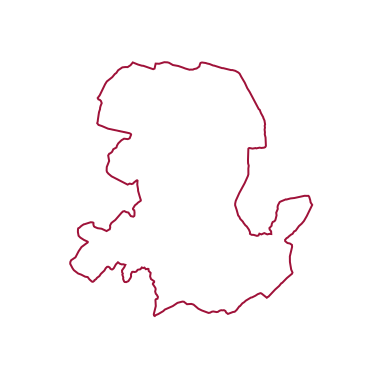 Jutiapa, Jutiapa, Guatemala (Albers equal-area conic projection), rotated 25°
{"feature_id": "79465075B37757283668569", "entity_name": "Jutiapa", "entity_type": "district", "adm_level": 2, "iso_a3": "GTM", "parent_name": "Guatemala", "parent_adm1": "Jutiapa", "projection": "albers", "projection_center": [-89.932, 14.311], "detail": "fine", "context": "isolated", "style": "outline", "palette": "rose", "viewbox_px": 384, "rotation_deg": 25, "n_neighbors": 0, "source": "geoboundaries", "source_scale": "gbopen_adm2", "svg_char_len": 4894}
<svg xmlns="http://www.w3.org/2000/svg" viewBox="0 0 384 384"><g transform="rotate(25 192 192)"><path d="M306.4,152.9L303.9,151.3L302.5,149.3L300.2,146.8L299.2,146.3L295.6,147.9L287.3,154.2L284.0,156.2L280.8,158.9L280.2,159.0L276.6,162.9L275.7,164.1L275.5,167.8L275.9,169.5L276.9,171.1L277.1,175.2L278.5,177.4L279.4,182.1L279.1,183.6L277.8,185.1L277.8,187.2L278.4,189.0L277.4,192.0L278.3,193.2L280.3,194.2L281.6,196.6L279.9,197.2L278.1,198.6L274.9,198.7L272.8,201.1L270.7,201.3L270.6,203.3L269.4,204.3L266.0,204.8L264.1,205.6L262.2,205.4L261.5,203.9L259.4,202.0L256.2,200.1L254.4,199.6L251.4,198.0L250.7,197.4L247.1,196.0L245.1,194.3L243.8,193.8L240.0,189.3L236.7,185.8L236.0,184.2L235.4,181.5L235.3,172.8L236.0,161.7L235.9,153.9L235.6,152.1L233.1,146.8L232.3,144.2L230.7,142.3L229.3,139.5L224.8,129.0L224.9,128.4L225.6,127.8L228.5,127.1L231.1,125.3L231.8,125.3L234.6,123.2L236.2,122.8L238.5,121.4L239.4,120.4L239.5,119.0L235.6,111.5L233.6,109.0L232.9,107.1L231.4,104.7L230.9,102.8L229.9,101.3L229.7,99.9L227.5,96.6L225.3,94.7L225.0,94.2L221.2,91.4L218.6,88.9L217.5,88.7L201.9,76.9L198.3,74.6L193.6,70.6L188.3,67.0L185.1,64.6L183.4,64.1L181.8,64.0L180.0,63.9L177.1,64.4L175.9,65.0L167.8,66.6L166.9,67.0L158.6,68.1L157.8,68.4L153.8,68.6L151.6,69.1L149.9,69.3L147.3,70.1L146.3,70.4L145.2,71.4L145.2,72.8L145.6,75.2L144.0,78.1L141.9,79.7L141.1,80.7L138.7,81.8L138.2,82.2L133.9,82.9L131.0,83.1L126.3,83.6L121.0,85.0L116.5,84.6L114.9,84.9L112.0,86.1L109.9,88.0L108.1,89.6L104.8,91.0L105.9,96.0L104.9,97.1L94.5,98.2L93.3,98.7L89.3,99.3L83.6,99.6L82.7,103.1L82.0,104.2L80.9,106.0L78.8,106.9L76.2,108.5L73.6,112.9L73.1,116.1L72.2,117.7L71.2,121.6L68.1,127.8L67.7,131.0L67.5,143.3L66.8,146.7L68.0,147.6L69.6,147.5L71.0,148.0L72.6,149.6L72.8,152.8L73.2,154.8L73.6,155.6L74.0,159.0L76.2,166.4L76.6,167.5L76.8,168.2L76.9,168.9L77.0,169.7L78.9,170.7L82.6,170.3L89.1,170.1L110.3,165.2L111.9,165.2L112.6,165.8L112.8,169.7L111.5,171.2L107.9,172.4L106.2,174.9L104.6,179.1L104.4,181.6L104.7,183.6L102.6,186.5L102.6,189.3L101.7,191.3L100.8,192.3L100.6,194.3L103.8,198.9L104.2,205.4L105.6,208.7L106.4,209.7L108.4,210.7L112.5,211.8L130.5,212.5L132.0,210.7L134.0,210.3L135.2,209.0L135.2,208.3L136.9,204.9L137.3,204.6L137.8,204.7L139.3,208.5L141.8,212.1L142.7,213.8L145.9,217.5L147.6,219.4L148.6,220.5L149.1,221.0L149.2,221.7L147.4,224.7L147.2,225.6L145.9,228.2L145.5,232.0L146.0,232.7L147.4,233.0L148.5,234.7L149.7,237.5L149.8,238.2L149.2,239.2L146.7,239.7L144.0,238.1L143.1,237.5L140.9,238.0L138.8,237.9L137.5,239.0L137.3,239.8L137.0,240.3L134.3,249.8L132.7,252.8L132.0,254.4L131.9,257.0L132.9,258.8L133.2,260.6L132.7,261.1L131.1,263.5L130.2,263.5L125.6,263.5L121.7,264.7L118.5,264.8L117.6,264.5L116.4,263.2L115.8,261.7L115.0,261.5L113.0,262.2L108.1,266.7L107.5,267.1L106.0,269.6L105.0,272.1L104.3,272.8L104.3,273.7L105.5,276.5L107.7,279.6L110.0,280.5L114.3,281.1L118.2,281.1L118.7,281.3L118.8,281.8L118.6,282.3L118.2,282.8L115.1,288.6L114.3,293.6L114.0,300.4L111.3,304.9L111.3,305.8L111.3,306.9L112.0,308.6L116.1,311.7L118.0,312.8L123.3,314.0L126.5,313.7L131.0,313.9L133.4,313.2L136.1,314.6L139.2,315.5L140.1,315.3L141.0,313.7L140.9,313.1L141.9,311.5L142.1,310.2L142.7,309.0L143.6,307.4L144.0,304.7L145.8,300.2L146.0,297.6L146.7,295.7L147.7,295.1L149.2,295.2L150.6,296.1L152.0,296.1L152.6,295.8L153.3,294.2L153.6,289.8L154.6,287.0L156.9,287.5L159.0,287.3L160.1,286.6L162.4,286.2L162.4,288.8L161.7,292.6L162.6,294.3L163.8,295.2L163.8,296.4L165.8,298.4L166.3,299.9L168.2,301.7L169.0,302.0L170.4,301.5L172.0,299.7L172.6,295.9L172.5,294.3L171.4,292.3L171.5,289.8L172.2,289.2L173.5,288.9L174.6,288.2L175.2,287.5L175.6,285.5L177.9,283.8L178.4,281.6L179.8,281.6L180.9,280.6L182.7,281.5L184.6,280.2L185.1,280.2L185.3,280.6L186.2,281.9L188.7,282.8L189.7,286.2L191.6,288.2L195.4,288.9L195.7,289.5L195.8,289.9L195.6,290.5L195.2,291.2L195.4,292.0L199.2,294.3L200.1,295.3L200.7,297.8L202.2,299.5L203.6,300.1L205.5,301.5L205.8,303.3L204.6,304.4L204.5,305.3L207.4,310.7L209.0,318.9L209.8,320.0L210.7,320.1L211.1,319.0L213.0,316.9L216.3,312.1L217.1,310.0L222.8,303.5L225.7,298.6L229.6,295.4L231.0,294.9L234.9,295.8L238.7,293.7L241.0,293.4L247.1,295.1L250.9,295.2L258.1,294.6L259.4,293.7L260.5,292.2L261.7,291.3L265.1,290.4L266.1,289.7L267.2,287.9L268.4,286.8L269.8,286.3L270.9,285.6L272.5,285.7L273.9,286.8L276.1,287.3L279.9,283.4L281.3,282.5L282.3,280.1L283.2,275.7L283.7,275.2L284.7,271.6L285.8,269.9L286.7,267.7L290.0,262.8L290.9,262.2L293.3,259.2L294.7,256.9L296.7,254.8L297.8,254.6L304.5,256.2L304.9,255.2L305.5,254.6L308.6,245.2L310.7,240.3L311.5,237.0L312.1,236.3L314.3,230.0L317.2,223.8L317.1,222.5L314.7,220.4L312.0,216.5L310.3,214.0L307.9,209.0L305.9,199.4L304.9,197.7L302.5,197.3L300.1,197.9L297.3,197.2L296.6,196.1L297.2,193.9L298.2,192.5L298.4,191.6L299.9,188.6L300.8,187.5L301.2,184.6L302.3,183.2L303.3,177.8L304.8,174.3L305.7,171.0L306.2,165.3L306.4,152.9Z" fill="none" stroke="#9f1239" stroke-width="2"/></g></svg>